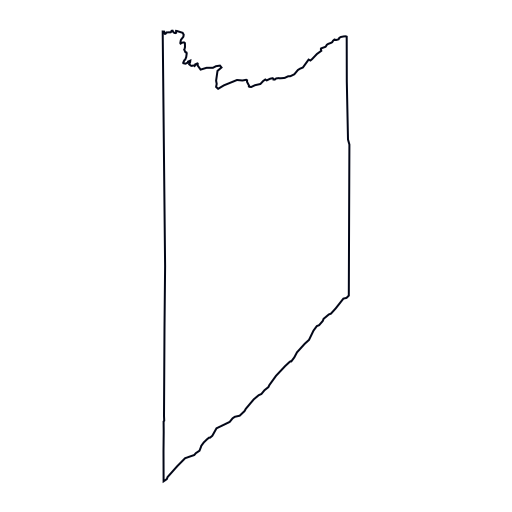 the district of Lake, Minnesota, United States of America
{"feature_id": "52423323B21927262007954", "entity_name": "Lake", "entity_type": "district", "adm_level": 2, "iso_a3": "USA", "parent_name": "United States of America", "parent_adm1": "Minnesota", "projection": "mercator", "projection_center": [-91.467, 47.572], "detail": "fine", "context": "isolated", "style": "outline", "palette": "ink", "viewbox_px": 512, "rotation_deg": 0, "n_neighbors": 0, "source": "geoboundaries", "source_scale": "gbopen_adm2", "svg_char_len": 2264}
<svg xmlns="http://www.w3.org/2000/svg" viewBox="0 0 512 512"><path d="M163.6,481.3L166.8,479.1L167.6,477.0L177.3,466.1L185.1,458.2L194.3,455.0L195.8,453.2L199.5,450.7L200.9,447.1L201.3,445.8L203.8,442.4L207.1,439.2L209.0,437.7L210.0,437.7L212.3,435.8L216.5,428.3L229.7,421.9L232.6,418.3L234.8,416.8L239.7,415.7L244.6,411.0L245.8,408.8L253.8,399.3L258.7,395.2L261.4,394.0L264.5,390.2L268.4,387.1L269.4,385.0L276.1,375.7L285.1,366.1L289.3,362.2L290.5,361.3L291.3,361.4L294.3,357.4L297.0,352.3L304.8,343.7L309.0,339.9L313.5,330.6L316.8,326.1L319.1,325.2L322.8,320.9L323.6,318.8L328.9,314.4L330.9,313.7L335.7,308.4L343.4,298.6L346.5,297.9L348.8,295.6L349.4,144.6L348.0,139.5L346.8,81.4L346.7,36.7L346.0,36.5L345.8,36.3L343.9,36.4L340.8,37.0L339.3,37.9L338.6,39.3L336.2,40.0L335.1,40.0L334.9,39.6L334.5,39.5L333.1,40.7L332.2,42.2L330.9,42.9L328.2,43.9L326.8,44.8L326.0,46.2L325.5,46.8L321.1,48.4L320.9,48.8L320.9,49.4L321.1,50.0L321.3,50.8L316.9,54.0L312.0,59.2L310.4,60.5L308.6,59.6L302.9,67.5L300.0,68.7L297.9,70.0L294.3,74.3L290.4,76.2L288.1,76.3L284.7,77.9L281.7,78.2L279.5,78.3L278.8,78.1L276.3,78.4L275.6,78.8L275.4,79.1L275.1,79.4L274.5,79.6L273.5,79.5L273.5,79.0L272.7,78.2L270.2,78.7L266.7,80.4L265.3,79.5L263.2,81.0L260.4,84.0L255.0,85.2L251.2,87.0L249.3,86.8L248.9,86.5L249.1,85.8L247.0,81.8L247.1,80.3L246.2,79.8L242.5,80.5L237.0,80.0L224.0,85.3L218.1,88.8L216.1,86.9L216.7,83.9L216.1,80.7L217.5,70.9L221.5,67.5L220.0,65.6L216.0,66.2L212.9,67.8L206.6,67.8L200.6,69.6L197.4,65.1L197.8,64.0L197.7,63.6L197.4,63.4L195.2,64.4L195.1,65.3L194.6,66.0L194.0,65.5L193.1,65.5L191.8,65.9L190.8,65.6L189.2,64.3L190.1,62.2L190.3,60.6L188.1,61.6L188.3,62.2L187.9,62.6L185.4,63.7L183.3,63.2L183.2,62.9L183.3,62.5L184.3,60.3L185.2,59.6L186.2,57.1L186.7,53.5L186.6,52.8L186.4,52.4L185.8,52.4L185.4,52.2L184.2,49.6L184.5,49.2L185.0,47.0L184.9,43.1L184.0,42.4L182.0,42.7L180.6,43.6L180.3,43.1L180.8,40.3L181.1,39.6L183.2,37.0L183.4,36.5L183.7,34.7L182.6,32.8L176.9,31.0L176.1,30.9L176.1,32.8L175.4,33.1L174.4,32.9L173.3,32.1L172.6,30.7L171.6,30.8L171.0,32.0L170.7,32.3L166.7,32.4L165.5,33.8L164.8,33.8L164.2,31.6L162.7,31.5L165.1,266.4L164.5,327.5L164.0,416.0L164.2,420.7L163.6,421.5L163.7,432.2L163.5,451.1L163.6,481.3Z" fill="none" stroke="#020617" stroke-width="2"/></svg>